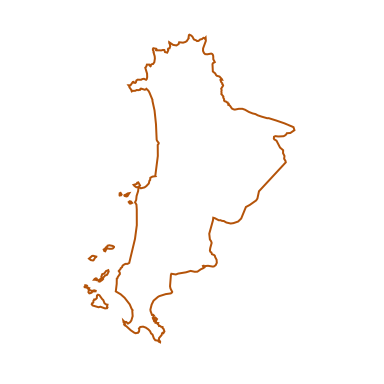 Kiri Sakor, Kaôh Kong, Cambodia (Albers equal-area conic projection), rotated 13°
{"feature_id": "14789045B21288093424690", "entity_name": "Kiri Sakor", "entity_type": "district", "adm_level": 2, "iso_a3": "KHM", "parent_name": "Cambodia", "parent_adm1": "Kaôh Kong", "projection": "albers", "projection_center": [103.125, 11.088], "detail": "fine", "context": "isolated", "style": "outline", "palette": "amber", "viewbox_px": 384, "rotation_deg": 13, "n_neighbors": 0, "source": "geoboundaries", "source_scale": "gbopen_adm2", "svg_char_len": 6055}
<svg xmlns="http://www.w3.org/2000/svg" viewBox="0 0 384 384"><g transform="rotate(13 192 192)"><path d="M276.3,106.0L266.6,104.3L258.0,103.4L250.1,102.8L248.7,103.2L242.8,102.9L238.8,102.5L236.3,101.8L233.4,101.8L229.4,101.2L225.1,99.9L222.4,99.6L218.9,100.4L215.2,102.1L213.8,102.1L212.1,101.7L209.5,99.3L207.8,98.9L208.1,98.0L207.8,97.7L207.3,97.8L206.5,96.7L205.6,96.8L204.7,96.2L203.3,96.2L202.7,95.7L202.4,94.3L201.2,93.0L201.1,91.9L198.5,89.9L198.6,89.0L198.0,87.4L198.0,86.1L197.2,84.8L198.4,81.3L198.0,80.6L197.3,80.2L197.1,79.3L195.8,78.4L194.5,76.4L194.9,75.9L196.1,75.8L195.8,75.4L192.8,73.3L190.1,73.2L189.1,72.6L187.9,71.2L185.2,69.9L183.2,62.8L183.4,61.8L185.0,60.3L182.9,57.9L182.1,54.8L181.5,53.7L180.7,53.0L179.6,52.8L175.9,54.4L173.8,54.7L172.3,53.8L171.0,52.0L170.5,49.6L171.5,41.6L170.5,38.4L169.9,39.5L169.6,39.2L168.5,39.2L167.3,40.8L165.7,41.5L164.4,43.3L162.9,43.8L162.3,43.4L159.5,42.9L157.4,40.5L155.7,39.6L154.1,39.3L153.7,39.8L153.9,42.5L154.2,42.8L152.9,46.2L151.8,47.3L149.7,48.5L145.8,49.0L145.7,50.8L143.9,52.7L140.5,52.9L136.1,51.2L136.3,52.0L137.0,52.7L138.0,54.9L137.8,57.1L136.7,57.5L136.4,58.2L137.0,59.3L136.5,61.8L134.2,61.7L133.1,59.9L131.8,60.1L130.3,60.9L125.3,62.0L124.3,61.6L125.3,61.6L125.5,61.1L125.0,60.5L122.0,60.6L121.7,61.5L122.0,62.5L123.3,64.2L123.1,64.6L125.1,68.1L125.8,70.3L126.1,74.0L125.3,76.0L124.3,76.4L123.1,77.5L123.5,78.4L123.3,78.8L122.4,78.4L121.7,77.5L119.4,78.0L119.2,80.2L118.5,81.4L121.6,86.8L122.5,90.2L122.5,92.1L122.0,93.0L119.7,92.5L118.1,93.2L117.1,94.1L113.7,94.8L112.7,95.9L112.7,97.6L112.3,98.4L110.9,98.6L110.3,97.8L109.6,98.1L108.1,101.8L106.1,102.3L107.3,103.3L107.5,104.1L110.3,106.5L110.2,106.9L110.7,107.5L111.2,106.9L114.0,106.1L115.1,105.1L117.0,104.8L118.1,104.2L118.4,103.5L118.7,103.7L119.2,102.7L123.0,103.0L123.7,102.6L124.3,101.7L126.7,103.1L128.1,104.6L132.8,111.2L132.9,112.0L137.2,121.1L141.7,134.2L145.8,149.0L146.3,149.8L148.6,151.8L148.6,152.5L148.0,153.8L150.6,164.6L152.6,184.5L152.9,184.8L150.0,185.9L148.2,187.5L148.5,189.8L148.0,190.4L148.0,193.4L146.2,196.5L144.7,198.2L141.3,199.9L139.8,199.4L139.2,198.3L139.9,197.3L137.5,194.7L136.5,195.3L136.4,196.5L133.5,198.2L134.7,199.1L136.7,199.9L138.1,199.4L139.0,200.5L139.3,203.4L138.9,208.3L139.4,212.4L138.8,214.8L140.7,216.8L142.1,221.4L145.7,236.8L147.0,250.5L146.8,275.2L145.4,276.5L143.3,277.0L141.5,278.6L140.8,279.8L140.8,280.9L139.7,282.3L139.7,283.0L138.4,285.5L139.7,286.7L140.2,288.1L138.8,291.5L138.7,292.9L138.2,293.3L139.3,298.4L140.1,306.0L145.5,307.7L150.1,310.2L156.6,315.5L159.5,319.5L160.7,320.5L160.5,321.1L162.1,326.3L161.8,330.9L161.0,332.8L159.2,334.6L157.2,333.4L155.5,333.8L154.0,332.8L154.7,334.5L156.4,335.7L155.8,336.5L156.4,337.0L158.3,337.6L163.4,340.5L167.2,342.0L168.8,342.3L171.1,341.3L171.2,340.6L171.8,340.0L171.5,337.5L171.0,337.0L171.9,335.2L174.6,334.2L177.4,334.5L180.4,335.7L182.5,337.1L183.9,339.0L185.6,339.8L187.8,343.2L189.6,344.7L192.2,344.5L193.3,345.3L194.7,345.6L194.6,344.9L192.9,343.3L192.8,341.6L194.6,338.2L194.6,336.4L195.3,335.6L195.9,335.9L196.5,334.1L195.1,331.8L194.0,331.2L193.7,330.2L192.3,330.3L190.9,329.7L190.0,330.0L189.3,328.9L188.3,328.4L188.5,327.3L185.8,327.7L185.5,327.1L185.9,326.3L185.5,326.1L184.9,326.5L184.2,326.5L183.8,326.0L183.7,325.0L184.1,324.8L185.4,325.3L186.1,324.9L186.5,323.7L184.6,322.6L183.3,324.1L182.9,323.9L182.6,324.2L182.1,323.5L182.6,322.9L182.4,321.9L182.8,321.1L181.8,320.4L180.7,320.8L178.4,317.3L177.9,315.9L178.0,310.8L179.0,306.5L182.4,301.9L183.6,300.8L189.4,297.4L194.1,295.6L195.1,294.4L195.2,293.8L192.7,290.8L191.8,288.8L190.1,277.5L190.3,276.3L194.8,276.0L196.9,274.6L204.2,271.6L208.4,269.2L212.7,269.1L215.2,268.4L217.9,265.4L220.1,263.7L220.4,263.0L219.3,261.6L219.7,261.3L220.2,261.2L221.3,262.2L221.8,261.1L224.2,260.3L229.1,260.0L230.1,259.6L231.5,258.0L232.1,255.4L231.2,252.5L229.3,250.3L228.5,248.9L227.5,248.4L225.4,248.1L224.5,246.6L223.3,246.1L222.6,245.0L222.4,242.5L222.6,237.2L221.7,235.7L220.1,234.2L218.2,228.8L218.8,214.9L218.5,212.3L220.2,212.4L224.4,213.5L226.1,213.1L227.9,213.4L229.5,213.1L232.3,214.0L236.8,214.0L239.4,213.0L243.6,210.4L245.9,206.8L247.9,194.5L251.2,191.6L256.4,185.8L257.2,183.7L257.1,176.2L276.7,142.0L276.1,140.7L274.3,138.9L274.0,136.1L272.0,133.7L271.4,130.8L267.8,128.9L262.8,123.0L260.3,122.2L259.7,121.5L259.5,119.7L260.7,118.8L263.6,118.5L268.5,117.1L269.5,116.4L270.8,114.8L271.2,113.4L274.5,112.4L277.9,108.7L276.3,106.0ZM131.8,320.1L129.9,317.3L128.5,316.5L125.0,313.4L123.5,313.2L122.7,314.2L123.1,316.9L122.1,318.4L121.4,318.9L120.9,318.7L120.4,320.3L120.7,321.7L120.1,322.8L119.7,322.9L119.5,323.9L120.6,324.9L121.5,325.0L126.9,325.3L128.5,324.4L133.5,325.0L135.4,324.3L135.6,323.4L135.0,323.0L135.0,320.8L133.7,320.9L131.8,320.1ZM127.9,291.7L128.7,288.3L128.0,287.0L126.0,288.4L124.9,291.1L123.0,292.3L122.7,295.1L123.4,295.7L122.9,296.8L120.9,298.9L121.1,300.1L122.3,300.1L124.3,297.9L125.0,296.7L124.6,295.8L126.0,293.1L127.9,291.7ZM126.9,262.4L123.4,262.5L121.8,263.3L121.7,264.1L120.4,265.6L120.3,266.5L118.9,267.9L119.8,269.2L120.8,269.3L121.4,266.8L122.5,266.0L124.5,265.9L126.8,265.3L127.7,264.7L128.4,263.3L128.3,262.9L126.9,262.4ZM113.3,276.5L109.9,276.4L109.0,276.8L106.6,280.1L108.7,281.1L111.0,281.0L111.5,280.5L112.4,277.7L113.3,276.8L113.3,276.5ZM117.5,311.2L120.4,310.5L120.4,309.9L118.8,309.8L116.8,310.9L113.5,310.4L113.6,312.9L114.6,313.8L115.1,313.8L116.8,312.7L117.5,311.2ZM129.1,211.1L130.0,210.6L131.2,207.2L129.6,207.9L128.1,209.5L126.9,210.2L126.9,210.7L127.3,211.0L129.1,211.1ZM134.9,217.1L136.1,216.1L134.6,215.0L133.4,215.0L132.6,216.0L133.9,217.2L134.9,217.1ZM122.3,211.7L123.6,211.2L124.0,210.3L122.6,208.9L121.8,209.5L122.1,211.4L122.3,211.7ZM111.8,308.4L110.8,308.1L110.4,307.5L110.6,306.9L109.5,306.7L109.0,306.9L109.3,307.4L108.6,308.5L108.8,308.9L111.2,308.8L111.8,308.4ZM119.1,298.5L118.6,297.8L117.8,297.7L116.7,298.6L116.3,299.5L117.6,299.2L118.8,299.4L119.1,299.2L119.1,298.5ZM113.5,308.9L112.2,309.0L112.1,309.4L112.9,309.9L113.4,309.8L113.5,308.9Z" fill="none" stroke="#b45309" stroke-width="2"/></g></svg>